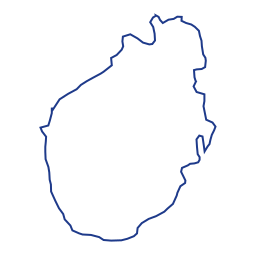 the district of Tersefanou, Larnaca, Cyprus
{"feature_id": "46923920B60167976354969", "entity_name": "Tersefanou", "entity_type": "district", "adm_level": 2, "iso_a3": "CYP", "parent_name": "Cyprus", "parent_adm1": "Larnaca", "projection": "albers", "projection_center": [33.549, 34.861], "detail": "fine", "context": "isolated", "style": "outline", "palette": "blue", "viewbox_px": 256, "rotation_deg": 0, "n_neighbors": 0, "source": "geoboundaries", "source_scale": "gbopen_adm2", "svg_char_len": 1641}
<svg xmlns="http://www.w3.org/2000/svg" viewBox="0 0 256 256"><path d="M51.8,107.6L51.8,113.1L49.8,120.7L48.3,125.5L40.5,127.6L42.1,131.5L46.1,136.7L45.8,141.6L45.3,146.8L45.3,151.8L45.6,159.2L45.9,160.0L48.4,167.0L49.2,171.9L49.3,172.8L49.7,179.8L50.9,184.5L51.1,191.5L55.4,201.0L59.0,208.3L63.2,214.0L64.7,219.4L70.4,225.5L72.4,230.4L79.2,233.4L82.6,234.5L90.3,234.9L91.2,235.0L99.2,237.1L103.6,240.0L109.8,240.5L111.3,240.6L121.4,240.3L127.3,238.8L133.9,236.2L137.0,233.4L137.6,228.0L141.8,223.1L148.7,218.9L156.2,216.1L164.3,211.7L167.5,208.6L172.6,204.2L172.9,204.0L176.7,195.6L177.4,192.8L180.4,186.2L185.1,183.0L185.4,180.5L183.0,175.6L181.1,171.8L182.0,167.9L187.8,165.4L190.1,163.8L194.4,163.4L198.2,162.3L199.6,159.8L199.6,157.1L197.7,154.2L197.0,147.0L196.5,139.4L199.3,135.6L202.5,136.5L203.9,146.1L204.6,151.4L207.7,146.3L209.5,144.1L210.4,139.9L211.8,134.9L214.1,130.3L215.5,126.6L212.5,122.5L206.2,119.7L205.1,114.2L203.5,106.2L204.4,101.1L204.4,94.3L196.6,92.0L193.6,86.4L196.0,81.4L195.7,81.2L194.5,77.3L194.0,70.1L196.6,69.4L201.7,69.0L205.1,67.1L205.8,60.7L205.4,57.8L203.2,54.4L201.9,46.3L201.5,40.7L200.0,36.1L198.9,30.8L194.8,26.8L191.3,24.5L186.1,23.0L181.5,20.8L181.7,16.9L177.3,16.7L173.7,18.9L168.5,19.7L162.8,23.0L160.0,19.9L158.6,16.9L155.9,15.4L156.0,15.7L153.0,17.5L150.2,22.2L153.2,27.0L154.6,33.7L155.0,40.5L152.3,44.0L149.3,44.4L143.0,42.6L137.5,38.4L130.3,34.3L122.9,36.6L122.4,41.4L123.2,46.3L121.7,49.7L116.7,55.0L111.1,58.0L111.8,65.3L103.5,71.8L100.7,73.6L92.7,77.9L86.9,81.1L80.9,84.9L76.7,89.2L68.2,93.8L65.7,95.4L59.6,99.3L52.3,110.5L51.8,107.6Z" fill="none" stroke="#1e3a8a" stroke-width="2"/></svg>